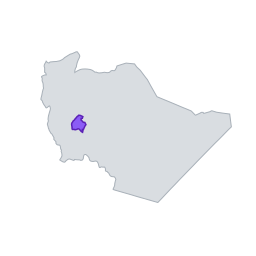 location of Aboudéia, Salamat, Chad, rotated 107°
{"feature_id": "50815135B13353907786726", "entity_name": "Aboudéia", "entity_type": "district", "adm_level": 2, "iso_a3": "TCD", "parent_name": "Chad", "parent_adm1": "Salamat", "projection": "albers", "projection_center": [19.686, 11.562], "detail": "fine", "context": "in_parent", "style": "filled", "palette": "violet", "viewbox_px": 256, "rotation_deg": 107, "n_neighbors": 0, "source": "geoboundaries", "source_scale": "gbopen_adm2", "svg_char_len": 4438}
<svg xmlns="http://www.w3.org/2000/svg" viewBox="0 0 256 256"><g transform="rotate(107 128 128)"><path d="M190.5,77.7L190.6,83.1L190.7,88.6L190.8,94.1L190.9,99.6L190.9,105.1L191.0,110.6L191.1,116.1L191.2,121.6L191.2,123.5L191.1,124.2L191.0,124.3L190.8,124.4L187.9,124.0L186.7,124.0L185.0,124.4L182.4,124.6L180.7,124.6L179.6,125.5L178.7,126.7L179.2,129.4L179.1,130.3L178.7,131.3L178.0,132.1L177.2,132.8L176.7,133.3L176.2,134.6L175.7,135.2L175.8,135.9L175.7,136.8L175.2,137.2L174.0,137.5L173.2,137.9L172.6,138.5L172.2,138.9L172.4,139.5L172.7,140.3L172.9,141.5L173.0,142.2L173.6,142.8L174.0,143.2L174.1,143.7L173.8,144.1L172.3,145.1L171.8,145.4L171.1,145.8L170.8,146.0L169.8,146.9L169.2,147.6L169.0,148.3L169.0,149.1L169.6,150.4L170.2,151.5L170.4,152.3L170.5,153.2L170.5,154.1L170.2,154.8L169.7,155.5L167.6,156.8L166.7,158.2L165.9,159.9L165.7,160.8L165.9,161.4L166.3,161.9L166.9,162.2L167.8,162.2L169.3,162.0L170.6,161.8L172.1,162.4L172.8,163.8L172.6,164.8L173.1,166.7L173.6,168.9L173.6,169.7L173.8,170.0L174.7,170.1L174.9,170.6L174.7,174.6L175.1,175.7L175.7,176.5L176.4,176.9L177.1,177.4L177.5,177.8L178.3,177.9L179.2,178.6L179.4,179.6L179.4,180.5L178.9,182.5L178.5,183.9L177.9,183.8L176.9,183.5L175.6,183.2L174.0,183.0L172.5,183.5L170.9,184.3L170.3,184.8L169.9,185.1L169.2,185.1L168.5,185.2L168.2,185.7L167.6,186.3L165.2,187.4L164.7,187.9L164.4,188.3L164.4,188.7L164.7,189.7L164.7,190.9L164.2,191.8L163.6,192.5L162.9,192.7L162.3,192.8L161.9,193.3L160.7,195.4L160.2,195.8L159.1,195.8L156.0,199.0L155.7,200.0L154.5,201.3L153.1,202.8L151.8,203.6L151.7,203.9L151.4,204.1L150.6,204.5L147.8,206.3L144.5,206.2L143.1,207.0L141.7,207.3L139.6,207.6L139.0,207.6L136.3,207.7L133.2,207.7L132.0,207.9L130.8,208.6L130.0,209.2L129.9,209.5L130.0,209.7L130.0,209.9L132.2,211.4L132.7,212.1L132.2,212.9L131.9,213.0L131.5,213.6L130.2,215.3L128.3,217.2L127.3,217.8L126.9,218.2L126.3,219.5L126.0,219.7L124.7,219.9L122.0,220.0L118.3,220.4L116.1,220.5L114.7,220.4L112.8,221.3L112.1,221.5L111.7,221.6L109.8,222.5L108.2,223.8L107.6,224.1L105.4,224.6L104.5,225.6L104.0,225.7L102.6,224.4L101.7,223.2L101.2,222.1L101.1,221.7L100.9,221.8L100.1,222.3L99.4,222.9L99.1,224.0L96.7,224.7L94.8,225.3L93.8,226.1L92.4,226.5L90.7,226.3L89.3,225.9L88.0,225.8L88.6,224.8L88.9,224.1L89.0,223.2L88.9,222.5L88.1,222.2L87.6,221.7L86.4,218.8L85.3,215.9L83.7,212.9L81.9,211.0L80.6,209.9L80.2,209.7L79.5,209.4L79.0,209.0L76.7,207.0L74.2,204.8L73.6,203.7L72.4,202.2L71.0,200.6L70.3,199.9L70.0,198.6L71.0,197.5L72.0,196.1L73.3,195.1L74.9,195.1L77.6,195.5L80.5,195.7L83.4,195.5L84.2,195.3L84.9,195.3L86.4,195.7L89.1,195.6L90.5,195.1L89.1,194.0L87.5,192.4L86.0,190.7L85.1,189.1L84.3,187.0L83.6,184.5L83.1,181.2L83.2,179.4L83.5,178.1L84.3,175.9L83.8,174.7L84.0,173.7L83.9,172.2L83.7,171.4L82.7,168.9L82.5,168.6L81.6,166.9L81.2,164.0L80.2,162.0L78.5,161.1L77.6,160.0L77.3,158.0L76.7,157.4L74.0,156.7L71.9,156.7L70.3,154.4L68.3,151.5L66.5,148.8L65.4,143.4L64.8,140.4L65.6,139.5L67.2,137.3L69.2,133.2L73.8,126.9L76.1,123.6L80.8,118.8L86.4,112.9L89.6,109.5L90.2,103.4L90.8,96.9L91.3,91.9L91.9,86.1L92.4,81.3L92.7,77.7L93.2,72.7L93.6,71.8L95.8,67.8L96.0,67.3L95.6,66.7L92.6,63.3L91.6,62.5L91.1,60.8L91.9,59.8L88.3,54.2L87.4,53.5L87.0,52.8L87.0,51.8L87.0,47.9L86.1,41.9L84.9,34.8L89.2,32.9L92.5,31.4L96.7,29.5L100.5,31.6L106.1,34.5L111.7,37.4L117.2,40.4L122.8,43.3L128.4,46.2L134.0,49.1L139.6,52.0L145.2,54.8L150.8,57.7L156.5,60.6L162.1,63.5L167.8,66.3L173.4,69.2L179.1,72.0L184.8,74.8L190.5,77.7Z" fill="#d9dde1" stroke="#a8b0b8" stroke-width="1"/><path d="M130.3,179.0L131.0,179.2L131.5,179.7L132.1,180.1L132.5,180.2L133.0,180.4L133.8,180.8L134.0,180.8L134.3,180.9L134.6,181.2L135.3,181.4L136.4,181.8L137.3,182.5L138.4,182.7L139.1,182.9L139.4,183.1L139.9,183.1L140.3,183.1L140.7,183.1L141.2,182.9L141.8,182.6L142.2,182.5L142.8,182.1L143.3,181.9L143.8,181.6L144.3,181.6L144.7,181.4L145.0,181.2L145.4,181.0L145.6,180.8L145.5,180.2L145.2,179.6L145.1,179.1L145.1,178.7L145.2,178.2L145.0,177.7L144.7,177.3L144.3,176.5L143.8,176.1L143.4,175.5L143.3,175.1L143.3,174.6L143.5,174.0L144.0,173.3L144.3,172.7L144.6,172.3L145.0,171.7L145.2,171.0L145.3,170.7L145.4,170.2L144.0,170.3L143.8,170.4L143.8,170.7L143.7,170.9L143.2,171.1L142.7,171.2L142.5,170.4L142.5,170.2L140.6,170.0L138.5,169.7L137.5,169.3L137.1,169.2L135.3,170.9L135.6,172.5L134.6,174.1L134.1,175.2L132.5,175.6L132.1,174.5L130.3,174.5L129.9,177.2L130.0,177.6L130.0,178.1L130.3,179.0Z" fill="#8b5cf6" stroke="#5b21b6" stroke-width="1.5"/></g></svg>